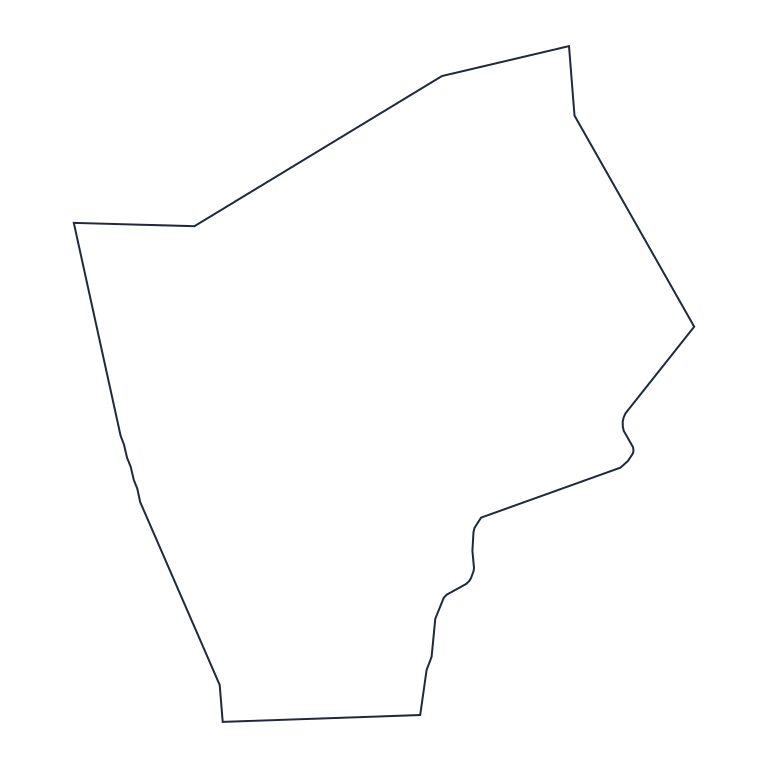 the London Borough of Harrow
{"feature_id": "GBR-2767", "entity_name": "Harrow", "entity_type": "London Borough", "adm_level": 1, "iso_a3": "GBR", "parent_name": "United Kingdom", "parent_adm1": "", "projection": "orthographic", "projection_center": [-0.324, 51.593], "detail": "fine", "context": "isolated", "style": "outline", "palette": "slate", "viewbox_px": 768, "rotation_deg": 0, "n_neighbors": 0, "source": "natural_earth", "source_scale": "10m", "svg_char_len": 616}
<svg xmlns="http://www.w3.org/2000/svg" viewBox="0 0 768 768"><path d="M420.2,715.0L222.7,721.9L219.7,685.0L140.2,502.1L137.3,488.7L133.8,480.0L130.7,466.8L127.1,457.9L124.0,444.7L120.6,435.7L73.8,222.9L194.4,226.2L442.0,76.0L569.0,46.1L574.5,115.6L694.2,326.7L625.5,413.3L623.6,417.6L622.7,421.8L622.8,426.5L623.7,430.8L633.0,447.1L633.5,450.2L633.0,453.3L627.9,461.0L620.5,467.6L481.1,517.6L474.5,527.9L473.5,532.1L472.4,550.8L474.0,567.9L473.6,571.0L471.0,578.1L469.3,580.9L466.4,583.8L446.8,594.6L443.8,597.7L435.3,618.7L431.6,656.8L426.6,670.0L420.2,715.0Z" fill="none" stroke="#1e293b" stroke-width="2"/></svg>